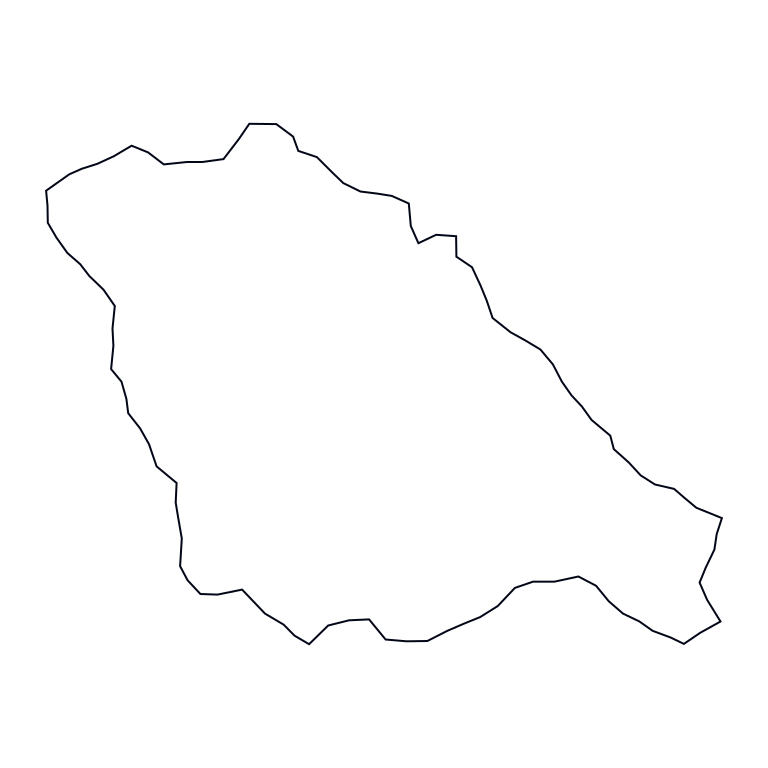 Cuité de Mamanguape, Paraíba, Brazil (Albers equal-area conic projection)
{"feature_id": "56859067B92681913513014", "entity_name": "Cuité de Mamanguape", "entity_type": "district", "adm_level": 2, "iso_a3": "BRA", "parent_name": "Brazil", "parent_adm1": "Paraíba", "projection": "albers", "projection_center": [-35.248, -6.901], "detail": "fine", "context": "isolated", "style": "outline", "palette": "ink", "viewbox_px": 768, "rotation_deg": 0, "n_neighbors": 0, "source": "geoboundaries", "source_scale": "gbopen_adm2", "svg_char_len": 1413}
<svg xmlns="http://www.w3.org/2000/svg" viewBox="0 0 768 768"><path d="M309.1,644.2L328.2,625.5L349.1,620.3L369.1,619.4L385.6,639.5L406.5,641.3L427.4,641.0L447.4,630.8L463.6,623.8L480.1,617.1L497.8,606.0L514.9,587.9L532.9,581.7L554.3,581.7L578.4,576.5L596.1,585.8L608.8,601.3L623.0,613.6L639.3,621.4L652.6,630.8L670.6,637.5L683.9,643.9L700.2,632.8L720.5,621.5L707.1,599.8L699.6,582.6L705.7,567.7L714.4,549.6L716.7,534.1L721.9,518.1L696.4,507.8L684.5,497.9L674.1,488.9L655.0,484.5L640.7,475.4L628.9,462.6L613.8,449.1L610.3,435.7L591.5,419.9L581.9,406.5L571.5,395.4L561.9,381.7L552.9,364.4L540.4,349.5L525.4,340.5L510.6,332.3L492.6,318.0L486.8,300.8L480.7,285.9L472.0,267.2L456.4,256.7L456.1,236.2L436.1,234.8L418.4,243.2L410.8,226.0L408.8,203.5L391.7,195.9L377.2,193.6L360.4,191.5L343.3,183.1L332.6,172.8L316.9,157.1L298.3,150.9L293.1,136.6L276.3,124.1L249.3,123.8L238.9,139.0L223.5,159.1L202.4,162.0L187.0,162.0L163.8,164.4L148.1,152.4L131.6,145.7L113.9,156.2L97.4,163.8L81.7,168.8L69.3,174.3L46.1,190.7L47.5,205.6L47.8,222.8L56.5,237.7L67.3,252.9L80.3,264.3L89.3,276.0L103.5,289.7L114.8,306.0L112.5,328.5L113.4,345.8L111.1,369.1L121.5,381.7L126.4,398.9L128.2,413.2L140.1,428.4L149.0,444.2L156.6,466.4L176.6,483.0L175.7,502.6L178.0,516.6L181.8,538.5L180.1,566.2L187.6,580.3L200.4,594.0L217.5,594.6L242.1,589.6L265.0,613.6L283.6,624.6L294.6,635.7L309.1,644.2Z" fill="none" stroke="#020617" stroke-width="2"/></svg>